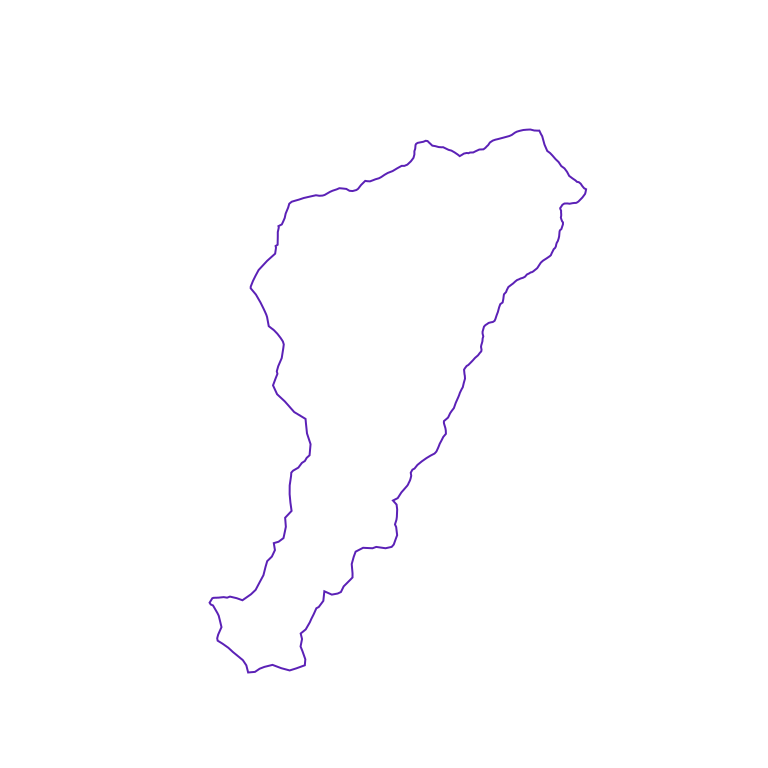 the district of Phuentenchhu, Chirang, Bhutan, rotated 150°
{"feature_id": "84629894B77854435497479", "entity_name": "Phuentenchhu", "entity_type": "district", "adm_level": 2, "iso_a3": "BTN", "parent_name": "Bhutan", "parent_adm1": "Chirang", "projection": "mercator", "projection_center": [90.22, 27.109], "detail": "fine", "context": "isolated", "style": "outline", "palette": "violet", "viewbox_px": 768, "rotation_deg": 150, "n_neighbors": 0, "source": "geoboundaries", "source_scale": "gbopen_adm2", "svg_char_len": 4990}
<svg xmlns="http://www.w3.org/2000/svg" viewBox="0 0 768 768"><g transform="rotate(150 384 384)"><path d="M414.7,284.3L413.3,285.0L412.6,285.6L411.2,286.5L409.6,287.6L408.1,289.0L406.3,290.9L405.2,293.8L402.2,295.6L399.9,295.5L395.5,297.2L389.9,298.1L384.3,298.6L379.4,298.7L375.0,298.5L372.4,299.3L369.4,301.4L367.3,303.0L365.6,304.4L363.0,306.0L359.0,308.6L355.3,309.9L353.7,312.9L352.9,315.1L352.4,317.2L351.8,319.7L351.3,320.9L350.6,321.9L346.8,322.6L345.3,322.9L343.5,324.1L341.4,325.6L338.9,326.8L335.5,328.2L331.3,331.8L326.2,335.5L324.4,336.9L322.7,338.4L319.5,340.6L317.4,341.8L314.3,345.1L311.2,348.1L309.9,350.7L309.4,352.2L307.5,356.4L306.0,357.2L303.4,358.3L301.5,358.3L295.7,359.9L292.1,361.1L288.3,361.8L285.2,363.1L283.5,363.6L282.4,364.9L281.4,367.7L280.4,368.9L278.7,370.5L277.4,371.8L275.8,374.1L274.2,375.6L273.4,378.4L272.5,380.0L268.7,383.7L266.7,384.3L264.4,384.4L262.9,384.6L260.4,383.9L258.8,383.3L256.7,383.4L255.0,384.6L252.1,387.2L249.4,389.4L246.0,392.8L243.4,395.0L240.5,395.3L238.2,397.9L236.0,400.8L235.2,401.7L232.3,402.6L230.6,404.0L227.8,405.8L223.9,406.3L222.0,406.5L218.9,407.2L216.7,407.5L214.9,407.2L213.1,407.1L210.5,406.5L208.3,406.4L205.4,407.4L203.2,407.2L201.2,407.3L200.0,406.9L198.3,406.9L196.8,407.2L195.3,407.4L193.5,407.7L192.6,408.1L189.9,409.5L187.5,410.7L186.1,411.0L184.7,411.3L182.7,411.4L180.3,411.5L176.6,411.8L175.1,412.1L173.4,413.4L171.7,414.5L169.6,415.9L167.8,416.3L166.4,417.2L165.1,418.7L163.8,419.9L162.0,420.9L160.0,422.7L158.5,424.3L157.1,426.3L155.7,428.3L154.8,429.1L152.9,429.5L150.9,431.3L149.2,432.8L148.2,434.5L148.4,435.8L148.1,437.8L147.6,439.8L146.5,441.0L145.6,442.5L145.0,443.8L144.0,445.5L143.8,447.3L143.5,448.2L141.6,449.1L139.9,450.0L137.6,450.1L135.1,448.8L133.1,447.3L130.5,446.4L128.6,445.6L127.1,444.8L126.1,444.7L124.4,444.8L119.0,446.3L114.8,448.1L113.5,449.4L111.6,451.6L112.8,453.4L113.3,456.2L113.5,459.1L114.4,461.4L115.8,462.6L116.4,464.6L118.0,467.9L119.6,471.7L119.5,473.6L119.4,476.2L119.9,480.5L121.5,484.1L121.8,488.9L123.0,493.0L123.9,497.7L124.7,501.0L126.1,504.2L125.3,511.1L123.1,519.5L123.1,522.1L122.8,525.8L123.8,526.3L127.1,528.4L130.0,531.2L133.1,532.8L136.3,534.3L139.9,535.4L142.8,536.1L145.0,536.2L148.8,535.8L151.5,536.1L158.0,537.8L163.1,539.2L165.4,539.9L168.1,540.4L171.5,540.2L174.4,538.8L176.2,538.4L178.1,537.8L180.5,537.5L183.1,538.8L184.2,539.4L188.6,539.8L190.9,539.9L193.9,541.5L195.4,541.6L196.8,542.7L199.6,543.6L201.8,543.5L204.5,543.5L205.4,545.8L207.1,549.3L208.9,552.4L211.0,554.5L214.4,559.5L215.9,560.3L218.1,561.8L220.6,564.3L223.0,566.3L223.5,568.1L224.3,570.7L224.8,572.6L226.3,573.8L228.8,574.1L231.1,574.9L234.3,576.0L236.1,575.9L237.2,575.2L239.3,572.2L241.3,570.4L242.9,567.6L245.4,565.1L249.4,563.4L254.1,562.3L257.2,562.7L259.7,564.1L264.6,564.2L270.1,564.1L275.2,564.9L278.9,564.9L282.9,564.6L285.5,564.7L289.2,565.6L291.3,565.9L294.8,566.5L297.1,568.0L298.7,569.3L302.1,568.4L304.4,567.8L308.8,566.0L310.9,565.8L314.7,566.8L317.3,568.6L319.1,571.8L322.5,574.3L324.8,575.9L327.6,576.2L331.9,577.1L334.7,577.4L340.9,577.4L343.0,577.9L346.0,579.4L347.3,580.5L348.6,581.5L354.3,583.3L360.5,585.2L365.4,586.2L369.8,587.3L372.8,588.0L375.9,587.5L378.8,584.7L383.9,580.8L387.0,577.4L390.1,575.1L392.7,573.3L396.5,573.5L396.9,572.1L400.0,568.7L402.2,564.9L406.5,557.8L408.9,557.7L409.4,556.0L413.1,551.3L423.6,549.1L435.6,545.4L441.1,542.0L445.9,538.8L450.7,535.0L451.6,533.6L450.2,525.5L450.2,516.4L450.6,510.1L450.9,506.4L451.3,502.8L451.8,500.4L454.9,491.7L452.4,485.6L451.2,480.7L450.5,475.4L450.3,471.4L451.0,468.4L453.2,465.5L459.6,457.6L466.7,452.3L470.5,448.6L471.2,446.1L475.0,443.1L480.8,438.3L481.7,428.6L478.6,418.5L475.8,404.6L469.4,393.0L471.3,388.9L475.4,379.7L477.7,368.6L484.1,359.5L487.9,358.7L491.0,356.9L494.6,356.7L500.0,354.4L506.1,354.4L508.6,353.6L510.4,350.9L516.4,343.3L520.8,335.8L524.3,328.2L527.5,320.3L536.5,317.6L540.4,309.4L544.3,305.0L548.1,300.8L554.2,300.1L559.0,301.3L561.5,294.7L567.4,290.6L573.7,289.0L578.0,284.9L584.0,278.7L590.8,274.5L598.1,269.9L604.3,268.4L614.7,267.5L618.7,272.2L623.7,276.9L626.7,277.4L629.4,279.6L634.3,281.8L638.4,284.0L639.8,284.3L644.4,281.8L644.3,279.7L642.8,277.7L642.8,274.7L642.8,268.9L643.0,266.0L644.4,261.1L646.3,254.7L652.9,249.9L655.6,247.2L656.4,244.9L653.7,239.9L650.7,233.4L648.8,227.3L644.3,215.4L643.9,209.2L645.9,202.1L639.7,199.2L634.0,199.6L629.0,198.8L621.0,196.5L615.0,189.2L611.0,185.2L608.9,183.1L602.2,181.6L593.2,180.0L589.8,184.9L588.2,193.4L587.5,198.4L582.5,204.1L580.9,209.6L574.5,210.6L567.4,214.7L564.4,216.9L560.1,219.7L554.7,223.6L552.0,223.5L545.0,226.5L539.3,234.3L534.5,227.7L528.9,225.7L525.3,225.4L520.1,228.9L511.5,231.2L508.0,232.2L505.9,235.8L502.0,244.2L496.6,249.5L492.4,253.0L484.0,252.6L476.1,247.5L472.2,246.8L464.8,241.0L458.8,239.1L455.8,240.1L451.7,243.6L448.2,246.5L445.0,254.0L444.7,256.9L441.1,260.2L439.3,262.5L435.3,268.8L433.4,273.3L434.5,278.6L429.2,278.3L423.2,281.4L414.7,284.3Z" fill="none" stroke="#5b21b6" stroke-width="2"/></g></svg>